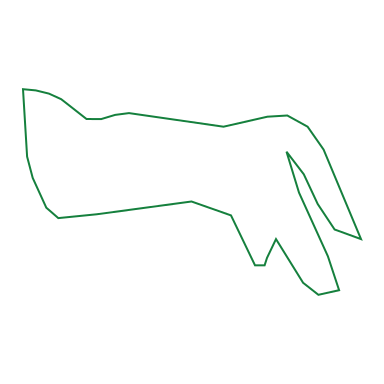 the border of Middle Caicos
{"feature_id": "TCA-5003", "entity_name": "Middle Caicos", "entity_type": "state/province", "adm_level": 1, "iso_a3": "TCA", "parent_name": "Turks and Caicos Islands", "parent_adm1": "", "projection": "natural_earth1", "projection_center": [-71.735, 21.8], "detail": "fine", "context": "isolated", "style": "outline", "palette": "green", "viewbox_px": 384, "rotation_deg": 0, "n_neighbors": 0, "source": "natural_earth", "source_scale": "10m", "svg_char_len": 532}
<svg xmlns="http://www.w3.org/2000/svg" viewBox="0 0 384 384"><path d="M96.5,214.3L58.3,218.1L46.3,207.7L32.7,177.9L27.1,156.6L23.0,89.2L35.8,90.4L48.9,93.6L61.2,99.2L86.5,119.0L101.1,119.1L115.1,114.9L129.0,113.1L223.5,126.7L267.4,116.7L287.3,115.5L307.6,126.7L323.6,149.6L361.0,239.1L334.6,229.5L317.7,204.0L303.8,174.3L286.5,151.7L299.0,192.6L327.9,256.3L339.1,290.2L318.4,294.8L303.1,282.8L276.0,239.1L267.0,257.9L264.6,265.3L255.0,265.3L231.0,215.4L191.5,201.5L96.5,214.3Z" fill="none" stroke="#15803d" stroke-width="2"/></svg>